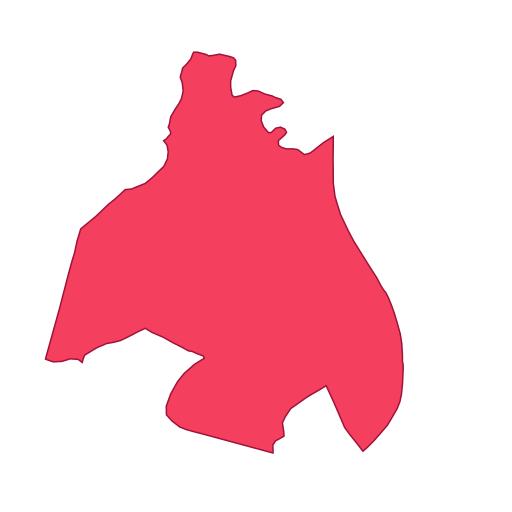 outline of Kracheh, Krâchéh, Cambodia, rotated 195°
{"feature_id": "14789045B39299844966320", "entity_name": "Kracheh", "entity_type": "district", "adm_level": 2, "iso_a3": "KHM", "parent_name": "Cambodia", "parent_adm1": "Krâchéh", "projection": "mercator", "projection_center": [106.043, 12.483], "detail": "fine", "context": "isolated", "style": "filled", "palette": "rose", "viewbox_px": 512, "rotation_deg": 195, "n_neighbors": 0, "source": "geoboundaries", "source_scale": "gbopen_adm2", "svg_char_len": 2395}
<svg xmlns="http://www.w3.org/2000/svg" viewBox="0 0 512 512"><g transform="rotate(195 256 256)"><path d="M212.3,391.5L220.5,382.6L226.6,374.3L230.1,369.7L232.9,367.9L235.6,366.5L243.2,369.6L247.8,369.1L254.6,367.3L259.7,367.6L263.0,369.0L264.2,373.3L259.5,380.5L258.5,383.3L260.9,386.0L265.7,386.8L270.1,384.5L273.1,379.4L275.8,378.3L282.0,382.6L285.9,387.9L287.1,393.5L284.1,398.6L279.7,402.0L272.0,406.6L269.2,411.2L272.5,413.8L278.5,414.1L282.0,414.8L289.0,414.7L296.8,415.9L301.9,415.0L306.1,411.4L311.9,407.1L318.0,403.9L320.7,405.1L324.1,412.3L325.8,418.6L325.7,429.2L324.7,434.6L326.4,439.9L329.0,441.6L332.7,441.9L343.5,441.5L349.9,438.4L353.9,437.0L356.1,437.8L365.5,437.7L369.0,436.7L369.4,434.7L370.0,429.4L373.0,422.8L375.5,418.6L375.4,413.9L375.5,409.3L371.9,403.9L369.1,396.6L368.9,393.8L368.8,388.3L369.9,383.3L371.9,377.5L374.4,368.4L373.8,361.6L374.1,357.7L371.0,354.4L370.0,351.8L371.8,348.6L372.8,346.1L375.1,343.5L370.6,340.0L367.8,334.0L366.7,327.0L368.2,318.7L370.6,314.8L372.4,311.8L376.5,304.9L381.7,297.5L393.8,288.4L399.5,286.3L402.1,282.1L407.2,274.1L411.5,268.4L421.1,252.6L429.1,241.4L432.3,236.8L432.7,224.1L432.1,212.3L432.4,203.5L432.5,191.4L432.2,154.0L432.7,102.0L430.7,101.7L428.5,101.5L424.3,101.3L416.1,104.0L408.8,108.6L401.0,110.1L396.3,108.2L396.3,112.1L395.8,115.9L390.8,121.2L385.8,126.4L377.8,132.7L371.2,135.8L365.0,139.3L358.9,144.5L349.9,152.8L344.0,157.6L342.3,156.9L336.3,155.2L324.5,153.5L313.6,150.7L303.0,148.5L296.8,146.9L292.9,147.3L286.8,146.3L281.1,145.8L279.5,143.8L281.8,141.4L287.4,135.4L294.9,124.2L299.3,114.2L302.7,100.7L303.8,87.7L301.4,79.4L294.5,74.9L285.4,71.1L278.4,70.3L269.7,70.2L264.3,70.3L188.6,70.1L189.2,72.5L190.8,77.8L189.2,82.6L186.4,85.2L182.3,89.3L183.9,93.9L187.3,101.6L186.2,107.9L183.0,117.6L178.2,123.3L171.3,131.7L166.0,137.3L159.9,143.3L154.7,148.9L142.3,134.0L127.8,115.6L126.0,113.3L118.9,107.6L110.3,101.3L102.2,95.1L99.2,99.5L94.1,108.4L89.3,118.1L85.3,126.5L83.0,134.5L80.2,144.9L79.3,152.7L79.7,159.9L81.5,170.9L82.7,176.4L84.7,185.5L85.9,189.5L87.1,191.6L89.0,198.5L92.6,209.3L96.4,217.9L102.2,227.8L107.7,236.7L112.2,243.2L117.0,249.6L121.1,254.2L123.9,256.2L127.7,259.7L133.6,266.1L142.4,274.1L156.1,286.9L165.4,295.6L173.2,304.0L185.2,318.1L187.5,321.8L191.3,327.7L195.2,334.2L200.2,346.4L203.1,356.9L206.5,369.0L210.4,384.3L212.3,391.5Z" fill="#f43f5e" stroke="#9f1239" stroke-width="1.5"/></g></svg>